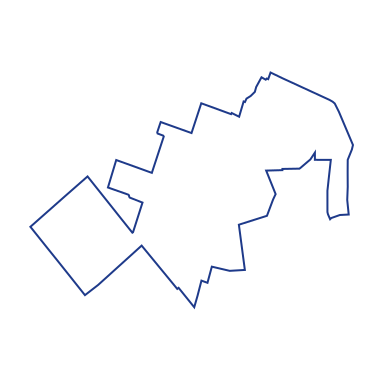 Traian, Teleorman, Romania, rotated 267°
{"feature_id": "2599482B68031069657240", "entity_name": "Traian", "entity_type": "district", "adm_level": 2, "iso_a3": "ROU", "parent_name": "Romania", "parent_adm1": "Teleorman", "projection": "equal_earth", "projection_center": [24.993, 43.785], "detail": "fine", "context": "isolated", "style": "outline", "palette": "blue", "viewbox_px": 384, "rotation_deg": 267, "n_neighbors": 0, "source": "geoboundaries", "source_scale": "gbopen_adm2", "svg_char_len": 1303}
<svg xmlns="http://www.w3.org/2000/svg" viewBox="0 0 384 384"><g transform="rotate(267 192 192)"><path d="M161.3,347.3L176.0,346.6L189.1,347.8L191.7,347.9L204.3,348.5L216.0,349.2L226.1,353.9L230.5,355.2L264.4,342.9L272.9,339.2L274.8,337.2L276.8,334.1L300.7,288.6L307.2,276.7L300.7,274.0L301.4,272.6L300.3,271.5L302.9,267.4L293.5,261.6L288.7,260.0L284.8,255.6L282.4,251.3L279.1,249.6L279.7,248.3L264.7,243.0L268.8,235.8L267.7,235.1L280.1,205.9L250.9,194.6L253.1,189.3L257.2,179.5L263.5,164.4L260.8,163.3L253.4,160.4L252.2,160.7L249.8,166.2L248.9,166.7L213.2,152.9L217.4,143.0L227.9,118.0L200.9,108.3L193.0,127.5L192.6,128.4L191.9,128.9L190.7,129.0L189.7,129.5L184.0,142.0L154.9,131.0L154.5,130.3L167.6,120.9L189.2,105.5L213.0,88.5L207.8,81.9L194.4,64.9L165.7,28.8L152.3,38.4L141.7,46.0L128.8,55.3L118.3,62.8L94.6,79.7L104.1,93.4L141.1,138.9L96.0,172.2L97.0,173.6L76.8,188.2L88.1,192.1L103.0,196.8L100.5,202.7L116.4,207.9L111.3,225.5L111.4,240.7L156.9,237.1L164.3,265.6L180.3,272.6L185.5,275.4L190.8,273.6L209.5,267.2L209.3,275.3L209.1,283.4L210.3,283.5L209.7,300.5L210.5,301.7L215.8,308.6L218.3,311.9L224.9,316.8L217.7,316.4L216.8,332.3L198.6,329.3L191.1,328.1L186.2,327.3L164.9,326.2L162.7,326.6L157.6,328.5L158.7,329.7L161.3,338.5L161.3,347.3Z" fill="none" stroke="#1e3a8a" stroke-width="2"/></g></svg>